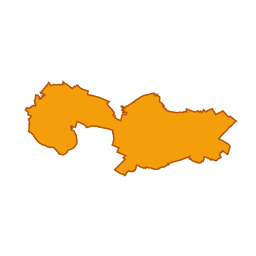 Salatig, Salaj, Romania, rotated 199°
{"feature_id": "2599482B1311445959804", "entity_name": "Salatig", "entity_type": "district", "adm_level": 2, "iso_a3": "ROU", "parent_name": "Romania", "parent_adm1": "Salaj", "projection": "natural_earth1", "projection_center": [23.157, 47.358], "detail": "fine", "context": "isolated", "style": "filled", "palette": "amber", "viewbox_px": 256, "rotation_deg": 199, "n_neighbors": 0, "source": "geoboundaries", "source_scale": "gbopen_adm2", "svg_char_len": 5895}
<svg xmlns="http://www.w3.org/2000/svg" viewBox="0 0 256 256"><g transform="rotate(199 128 128)"><path d="M37.9,171.8L43.9,175.1L45.5,173.2L49.5,169.2L50.6,170.3L50.8,170.3L50.9,170.6L51.2,170.9L52.6,171.8L53.9,173.0L54.5,173.7L57.5,171.1L60.1,168.4L62.3,170.0L63.5,166.5L64.9,167.6L65.3,167.0L66.2,166.2L66.5,166.7L67.3,167.0L68.3,166.3L69.3,165.3L70.9,164.9L75.2,164.7L76.4,164.9L76.9,165.2L78.5,164.8L78.9,164.9L79.0,164.4L78.7,164.0L77.8,162.3L79.2,162.1L79.8,161.6L80.5,161.4L80.5,160.7L84.1,159.8L85.8,158.8L86.7,158.6L86.8,158.4L87.4,158.1L88.6,158.2L89.4,157.8L91.6,157.6L93.7,157.1L96.8,157.2L97.7,157.5L97.8,157.9L99.2,158.7L100.0,158.5L101.4,159.3L102.4,160.1L102.4,160.3L102.0,160.6L101.2,160.7L101.4,160.9L103.0,161.9L103.4,161.9L103.4,162.2L104.1,162.5L106.7,163.1L108.0,167.5L108.3,167.8L109.9,168.2L111.7,169.3L112.2,167.4L112.7,167.3L112.8,167.7L113.4,167.5L114.2,168.4L113.7,168.6L113.9,169.3L114.8,169.4L122.7,164.4L124.2,163.3L125.5,162.1L129.3,157.3L129.8,156.8L131.1,154.7L130.8,154.4L131.4,154.3L132.8,152.2L133.8,151.2L135.3,149.0L135.5,148.3L136.7,148.3L136.7,147.8L136.8,147.7L137.0,146.7L136.9,146.3L137.6,146.1L139.1,146.8L140.2,146.7L141.0,146.9L141.5,146.4L141.4,146.1L140.9,145.6L140.6,145.6L140.2,145.9L140.3,146.3L138.9,145.4L139.1,145.2L139.6,145.1L139.6,144.6L138.7,144.8L138.6,144.6L138.6,144.3L139.6,144.2L139.6,143.0L139.0,143.0L138.9,143.9L138.7,144.1L138.9,142.8L138.4,142.8L137.9,143.0L137.9,143.4L137.2,142.2L137.9,142.0L138.0,141.2L136.6,141.5L136.2,142.0L134.3,142.1L134.2,140.0L136.9,139.8L137.3,139.3L137.6,139.3L137.6,138.1L137.7,137.2L137.4,135.0L137.3,132.5L140.3,132.8L140.9,132.7L141.5,132.8L144.1,134.2L144.1,134.9L144.3,135.0L144.2,135.4L145.0,135.4L145.9,134.9L146.1,135.3L145.9,135.4L146.3,136.1L145.6,137.0L146.1,137.9L147.0,138.9L147.2,139.0L147.6,138.9L148.7,139.6L148.6,139.9L148.8,140.1L150.3,140.7L151.1,141.2L152.5,141.7L154.9,143.4L155.3,144.1L155.6,144.1L155.2,145.5L154.2,146.8L165.2,147.5L173.9,147.0L174.2,146.5L177.0,146.4L177.6,148.4L177.7,150.1L182.2,149.8L186.1,150.2L188.8,151.6L190.2,152.1L191.1,149.9L192.1,150.1L193.4,147.3L194.2,147.3L199.7,149.2L201.5,149.6L203.3,149.5L203.3,150.3L204.4,150.7L203.9,147.8L205.0,147.5L205.3,147.2L205.3,146.9L205.5,146.8L207.1,146.7L207.6,146.4L208.2,146.4L209.9,145.3L211.4,145.3L212.7,144.6L214.7,142.9L215.8,143.5L216.5,144.5L217.8,145.2L218.2,143.3L218.2,143.0L218.1,142.8L218.2,142.2L218.4,141.8L218.9,141.7L219.3,140.6L219.0,140.3L219.6,139.4L219.8,138.5L220.4,137.6L220.7,136.4L221.1,135.5L221.2,135.0L221.5,134.8L221.3,134.2L221.5,133.5L221.9,133.2L222.3,133.2L222.1,132.9L222.0,132.5L220.6,132.4L219.2,132.7L219.1,132.3L218.4,132.3L218.3,131.8L217.3,131.8L217.3,131.5L217.5,131.1L218.5,131.0L218.7,130.6L219.0,130.5L218.6,130.4L218.8,130.0L219.6,129.2L219.9,128.4L219.9,127.8L219.6,127.4L220.4,126.8L220.8,126.7L221.5,126.9L221.0,127.4L221.2,127.9L221.8,128.1L221.5,128.1L221.8,128.5L223.2,128.9L223.4,129.4L224.1,129.5L225.7,129.2L226.1,129.2L225.0,125.2L225.2,123.8L225.5,123.3L225.2,122.8L224.5,122.6L224.2,121.2L223.3,121.0L222.9,120.2L222.8,119.2L223.1,119.3L223.6,118.5L224.7,118.8L225.0,118.3L226.5,117.0L226.5,116.3L226.7,115.7L227.9,114.6L229.2,114.0L229.8,114.3L230.6,113.8L230.9,111.6L227.4,110.6L227.2,109.2L226.9,107.9L225.1,107.8L223.7,108.0L223.5,107.6L223.6,107.0L223.4,106.2L223.6,105.6L224.1,105.3L224.1,104.6L224.2,104.3L225.0,104.0L222.4,100.5L222.8,100.1L222.7,99.2L222.6,98.8L222.1,98.2L221.9,97.4L221.9,96.8L221.4,95.8L220.9,92.4L220.3,92.4L220.2,92.6L219.6,92.4L219.5,92.0L219.2,92.2L218.6,92.0L217.2,91.4L216.4,91.2L215.0,90.3L214.2,89.4L210.3,86.8L208.6,85.8L207.6,85.5L206.7,85.0L204.8,84.7L203.7,84.3L201.7,84.5L199.8,84.4L197.9,84.0L195.3,84.3L193.6,85.1L191.9,85.2L188.3,83.7L188.3,83.3L186.7,82.7L185.9,81.9L185.3,81.8L184.6,80.9L184.2,80.9L183.7,81.3L180.7,81.3L178.2,84.1L177.8,85.0L177.7,86.4L177.5,86.9L177.4,87.6L175.8,88.7L172.7,91.7L171.4,96.6L171.5,97.6L171.8,98.4L172.8,100.8L173.4,101.7L174.5,104.3L176.5,105.8L177.3,106.7L177.7,107.3L179.4,108.0L180.7,107.5L181.5,108.5L181.4,109.2L181.1,109.2L181.1,109.7L180.7,109.7L180.7,110.0L182.3,110.0L182.4,111.4L178.0,111.5L178.1,115.4L178.1,116.6L178.2,117.4L175.6,117.5L170.4,116.8L168.2,116.0L167.9,115.7L167.6,114.9L165.2,116.4L163.0,118.1L160.6,118.8L159.2,119.0L157.4,119.8L155.9,119.3L154.6,119.7L146.3,120.8L141.8,120.9L141.6,120.8L141.5,120.0L140.8,118.4L139.4,116.5L137.6,112.8L137.5,110.4L137.1,108.0L137.4,106.8L130.2,106.3L130.4,101.7L124.7,101.4L121.3,100.9L122.9,98.2L120.6,97.4L127.0,84.2L121.3,82.6L120.1,82.5L117.0,82.7L115.7,81.9L114.9,83.0L114.9,83.6L114.7,86.1L114.2,86.1L114.1,86.5L113.4,87.8L111.9,87.5L110.2,88.2L108.9,88.5L108.5,89.1L108.2,90.2L107.7,90.3L107.8,90.8L107.4,91.4L107.3,92.0L107.8,94.2L107.8,95.8L105.4,95.7L103.2,95.3L101.3,95.4L100.8,95.1L100.3,95.1L99.4,95.5L98.3,95.6L98.5,96.2L98.8,96.4L98.7,96.7L98.5,96.8L97.8,96.5L97.1,97.1L95.6,96.9L95.1,97.0L94.7,97.4L93.4,97.7L90.8,97.7L89.8,97.5L88.6,97.8L88.1,98.2L86.2,99.0L85.6,99.6L85.6,99.9L84.9,100.4L84.8,100.8L83.7,101.6L83.3,102.0L82.2,102.6L81.5,102.5L79.2,105.5L77.4,106.8L78.6,107.5L72.2,112.0L69.0,114.1L65.5,116.8L60.4,121.3L60.3,119.2L59.3,118.8L59.0,119.2L58.3,119.2L58.1,118.8L57.9,118.9L56.8,118.1L54.2,117.8L52.0,118.1L51.7,117.7L49.9,118.2L49.0,118.2L47.6,119.1L47.2,120.9L46.2,120.9L46.1,123.4L46.9,125.2L45.0,125.9L44.2,125.7L42.1,125.6L39.0,124.7L38.8,125.7L38.5,125.8L36.5,125.6L34.1,125.6L32.5,128.4L30.5,130.5L31.3,131.2L31.8,132.0L32.3,132.1L32.7,132.5L32.6,134.9L32.3,135.2L31.5,135.3L31.7,136.1L31.2,136.6L31.3,136.8L31.1,137.2L26.7,135.9L25.9,135.6L25.8,135.4L25.2,135.7L25.2,138.4L25.1,139.3L25.2,139.9L25.5,140.4L25.4,142.3L25.6,143.7L26.1,144.5L28.2,145.5L32.3,146.3L33.6,146.7L38.6,147.2L37.9,149.4L35.8,154.1L35.1,155.3L34.2,157.2L32.6,161.5L31.3,163.0L28.7,168.9L27.9,169.7L35.2,172.3L35.7,171.3L37.9,171.8Z" fill="#f59e0b" stroke="#b45309" stroke-width="1.5"/></g></svg>